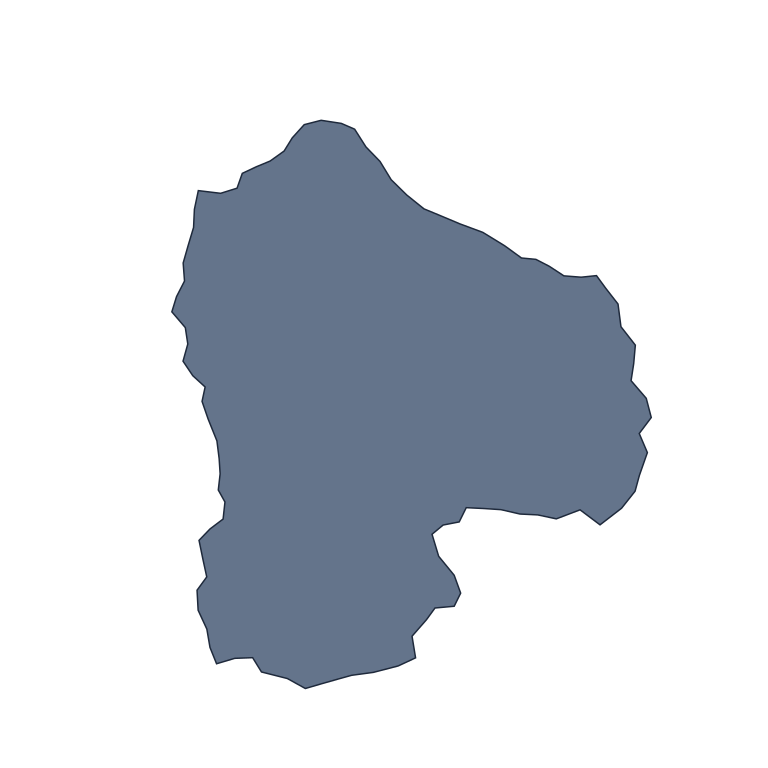 Piedade de Ponte Nova, Minas Gerais, Brazil (orthographic projection), rotated 71°
{"feature_id": "56859067B78649658437346", "entity_name": "Piedade de Ponte Nova", "entity_type": "district", "adm_level": 2, "iso_a3": "BRA", "parent_name": "Brazil", "parent_adm1": "Minas Gerais", "projection": "orthographic", "projection_center": [-42.716, -20.24], "detail": "fine", "context": "isolated", "style": "filled", "palette": "slate", "viewbox_px": 768, "rotation_deg": 71, "n_neighbors": 0, "source": "geoboundaries", "source_scale": "gbopen_adm2", "svg_char_len": 1358}
<svg xmlns="http://www.w3.org/2000/svg" viewBox="0 0 768 768"><g transform="rotate(71 384 384)"><path d="M648.0,524.1L648.9,509.4L653.2,488.0L655.2,462.3L653.2,443.3L631.6,439.6L620.7,420.6L612.4,408.7L617.0,390.0L606.7,379.6L587.7,379.9L564.7,388.4L541.7,387.5L536.6,374.0L538.9,357.8L527.7,346.5L534.3,330.0L540.9,314.3L551.2,297.8L557.8,281.3L567.6,265.0L566.8,239.6L587.5,225.6L578.8,199.8L567.1,181.5L553.6,172.3L534.6,157.3L513.9,158.8L502.7,142.2L482.9,140.7L461.3,149.3L446.1,141.3L429.1,133.7L407.0,141.3L384.6,136.7L365.6,143.2L350.7,147.8L347.2,162.8L340.3,178.7L326.5,189.4L315.6,199.8L309.6,213.0L292.6,224.9L272.8,241.2L257.3,260.1L243.8,275.2L231.4,289.2L212.8,300.9L193.2,310.7L172.3,315.3L153.9,323.9L133.5,328.8L123.7,339.5L114.2,357.6L112.8,375.0L121.4,390.6L131.2,402.6L136.1,419.1L137.0,433.8L138.7,449.4L151.0,459.2L150.5,476.4L140.7,496.6L157.1,506.4L174.0,513.1L189.3,524.1L204.2,534.5L221.7,539.1L233.8,551.7L246.7,561.1L266.0,553.5L282.3,556.5L297.0,566.6L313.9,562.1L328.6,554.1L341.2,561.7L359.9,561.7L383.4,560.5L401.0,564.2L415.6,568.2L430.3,575.2L443.8,572.8L459.3,580.1L464.4,595.7L471.6,609.8L490.9,612.3L508.7,614.4L518.1,627.9L537.4,633.4L558.1,631.3L576.4,634.3L594.0,633.4L594.8,614.4L600.0,597.3L616.4,593.6L631.0,571.3L646.3,557.5L647.1,540.6L648.0,524.1Z" fill="#64748b" stroke="#1e293b" stroke-width="1.5"/></g></svg>